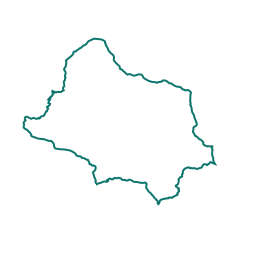 outline of Caldas, Antioquia, Colombia, rotated 302°
{"feature_id": "7082276B42449949359128", "entity_name": "Caldas", "entity_type": "district", "adm_level": 2, "iso_a3": "COL", "parent_name": "Colombia", "parent_adm1": "Antioquia", "projection": "natural_earth1", "projection_center": [-75.63, 6.049], "detail": "fine", "context": "isolated", "style": "outline", "palette": "teal", "viewbox_px": 256, "rotation_deg": 302, "n_neighbors": 0, "source": "geoboundaries", "source_scale": "gbopen_adm2", "svg_char_len": 5774}
<svg xmlns="http://www.w3.org/2000/svg" viewBox="0 0 256 256"><g transform="rotate(302 128 128)"><path d="M166.8,184.7L168.5,183.7L168.8,183.1L169.5,182.5L169.8,181.9L172.2,178.7L173.7,177.3L174.3,176.4L174.8,175.1L175.7,173.8L177.2,172.3L177.9,172.0L178.8,171.2L179.9,169.7L180.4,169.3L180.3,169.1L180.8,168.4L182.4,167.9L183.2,166.9L184.0,166.5L184.6,165.8L185.4,165.6L188.9,163.5L191.4,162.6L191.8,161.8L192.0,160.6L192.1,159.7L192.0,158.9L191.7,158.4L191.0,157.5L190.1,156.0L190.2,154.9L189.7,153.7L189.8,152.9L190.5,151.5L189.5,148.3L189.0,147.6L188.7,146.0L188.5,144.5L188.6,143.9L188.5,142.6L188.7,141.6L188.6,140.9L188.3,140.1L187.9,139.4L187.8,138.6L188.0,138.2L188.2,136.1L188.0,134.4L187.4,133.1L186.8,132.4L186.5,132.4L186.1,132.1L185.3,132.1L182.9,129.3L181.7,128.7L181.6,127.5L181.3,126.8L180.9,126.1L180.2,124.6L179.7,123.8L179.5,122.6L179.0,121.1L178.9,120.3L178.7,115.7L178.9,114.5L180.2,112.1L180.4,111.4L180.3,110.9L179.2,108.7L178.4,107.9L176.7,106.7L175.7,105.6L175.4,105.0L175.1,103.6L174.9,101.9L174.6,101.1L174.3,100.4L173.0,99.2L172.9,98.8L173.7,95.0L173.8,93.6L174.3,91.9L173.9,90.3L173.9,90.0L174.1,89.7L175.5,88.6L175.8,88.1L176.6,84.1L177.6,80.6L178.0,80.1L178.8,79.5L180.5,78.7L181.0,78.2L181.9,76.9L182.1,76.2L182.3,73.9L182.7,72.7L183.0,71.3L185.6,67.3L186.1,65.9L186.7,65.1L187.1,65.0L187.5,64.5L188.0,63.4L189.1,62.8L189.3,61.8L189.3,60.6L189.0,58.5L186.0,52.3L185.1,51.4L180.8,48.6L179.8,48.3L178.4,48.3L176.2,47.9L174.1,46.4L170.9,45.6L169.9,44.7L168.6,44.4L167.2,43.7L165.2,43.1L164.1,41.7L163.8,41.5L162.9,41.9L162.3,42.0L161.1,42.2L160.4,42.1L159.4,41.9L152.4,39.6L152.0,40.1L151.1,40.6L150.1,41.5L148.9,41.8L147.9,42.4L144.4,42.5L143.9,42.7L143.1,43.7L142.6,45.1L141.5,46.1L140.0,46.6L139.4,46.5L138.8,46.8L138.3,47.4L137.7,48.3L136.9,48.2L134.9,49.2L133.8,48.9L132.6,49.3L131.7,50.4L130.7,51.0L130.1,51.6L129.7,51.8L127.5,51.6L126.1,52.9L125.8,53.5L123.8,52.2L122.8,52.0L121.7,50.0L121.5,49.4L121.1,48.8L120.6,48.6L119.5,47.0L119.8,46.5L119.4,45.2L119.4,44.3L118.8,44.4L118.5,44.6L117.7,45.9L117.7,46.3L117.2,46.1L116.4,46.6L115.4,46.4L115.0,46.6L114.6,46.5L114.2,46.2L113.8,46.2L113.3,45.8L112.6,45.7L111.8,45.7L111.6,45.5L110.5,45.4L110.9,45.8L110.4,45.8L110.3,46.1L111.5,46.6L111.3,46.7L111.1,46.9L109.4,46.6L108.7,46.9L107.0,47.1L107.0,47.9L107.3,49.0L106.6,49.3L106.0,49.4L105.6,49.2L105.1,49.2L103.0,48.1L102.8,48.2L102.7,48.9L102.5,49.2L102.2,50.0L100.7,49.9L99.8,50.4L99.0,50.3L98.4,49.7L96.1,50.1L94.0,50.1L93.4,49.8L92.1,48.6L91.2,48.1L90.7,47.9L89.7,48.1L89.2,48.0L89.1,46.8L88.3,46.4L87.3,45.7L86.9,44.4L86.7,42.8L85.6,41.7L84.5,41.0L84.2,39.2L84.2,37.2L83.9,36.3L83.3,35.4L82.2,35.2L81.5,35.3L81.2,35.5L80.2,37.1L78.2,36.6L77.1,36.7L75.7,38.2L74.4,38.6L73.2,39.2L72.9,39.9L72.8,40.7L72.9,43.6L71.9,47.7L71.5,48.7L71.0,49.5L70.2,50.0L70.1,50.3L70.0,50.8L70.3,52.7L70.8,54.4L71.3,57.1L71.7,58.0L74.1,63.1L74.8,66.5L75.3,68.1L76.3,69.6L76.3,70.1L75.9,71.9L75.3,73.3L74.8,73.9L73.8,74.7L72.9,75.6L72.4,76.4L72.1,77.1L73.3,80.2L75.5,84.4L76.4,85.9L77.3,88.6L77.9,89.9L78.2,90.3L78.3,92.0L78.5,92.7L78.5,94.1L78.6,95.6L78.4,96.9L77.4,98.8L77.4,99.3L77.6,100.3L78.7,102.8L78.7,103.6L78.2,104.6L79.1,106.8L79.2,107.2L79.1,108.5L79.3,109.1L79.4,110.2L79.8,110.8L79.4,111.5L78.9,112.0L78.8,112.5L78.6,112.8L78.3,113.5L77.2,114.2L77.0,114.7L77.0,115.0L77.6,115.8L77.3,116.9L77.2,117.7L78.1,118.9L78.0,119.6L78.2,120.5L78.0,120.9L77.2,121.6L75.5,122.4L74.8,122.4L71.8,121.8L68.6,125.4L66.7,128.2L66.0,128.7L65.2,128.9L64.7,129.3L64.5,129.6L64.1,131.2L63.9,131.5L65.4,132.3L67.1,134.0L69.4,135.5L70.3,136.5L70.7,137.7L71.4,138.7L72.6,137.8L72.9,138.1L73.0,139.1L74.1,138.6L75.2,138.9L75.5,139.3L75.8,141.4L76.2,141.7L76.6,142.5L78.1,142.8L79.0,143.6L79.1,144.6L79.3,145.0L80.8,146.4L81.1,147.8L81.3,148.1L81.5,148.9L81.1,150.2L81.1,151.1L82.3,152.7L82.3,153.7L82.6,154.5L83.7,155.8L84.6,156.2L85.3,157.5L85.5,159.5L85.4,160.7L85.6,161.7L87.2,164.7L88.2,167.9L89.7,170.3L90.6,171.2L91.0,171.8L90.5,173.4L88.9,174.0L87.3,174.9L86.8,175.5L85.1,179.1L84.6,182.3L83.9,184.1L83.6,185.6L82.8,187.3L82.6,188.1L82.6,189.0L81.9,190.8L81.8,191.7L81.1,192.4L80.7,192.9L79.9,193.0L79.5,194.1L80.4,194.3L81.1,194.0L81.7,194.1L83.5,193.6L84.1,193.7L84.7,193.9L85.1,194.6L86.3,195.3L86.9,195.9L87.4,196.7L88.1,197.2L88.7,198.1L89.1,198.4L89.7,199.4L90.5,199.4L91.0,200.4L91.9,201.1L91.9,201.9L92.1,202.4L93.3,202.7L95.2,203.9L97.8,205.4L98.2,205.2L98.4,204.6L98.6,204.5L100.2,204.5L101.2,204.9L102.1,204.2L102.5,203.4L103.7,203.2L103.7,202.8L103.6,202.2L103.7,201.4L103.8,199.8L104.0,199.3L104.3,199.1L104.9,199.2L106.0,199.9L106.9,200.1L108.4,199.7L109.7,199.3L110.4,198.8L111.2,198.0L111.5,198.0L112.3,198.3L113.5,198.2L114.9,199.3L115.6,199.6L117.6,198.3L118.0,198.3L118.5,198.5L118.8,198.4L120.5,197.3L121.6,197.5L122.7,197.5L123.3,197.8L123.7,197.8L124.5,198.4L125.4,198.8L125.8,199.2L126.1,199.8L126.9,200.5L126.8,202.1L127.4,202.5L128.2,204.4L129.3,205.9L129.4,206.4L129.5,207.3L130.0,208.3L130.6,209.0L131.6,209.8L132.2,210.1L133.2,211.2L133.6,211.4L134.2,211.4L135.1,211.2L136.3,211.2L137.7,211.8L138.3,213.1L138.5,213.8L138.5,214.8L138.6,215.0L139.9,215.1L140.7,215.7L142.3,215.8L142.8,216.1L143.0,217.8L143.6,220.8L144.8,218.5L145.5,217.6L147.8,216.0L149.8,213.6L151.2,212.6L154.7,211.0L154.9,210.1L155.1,209.9L157.1,209.3L157.1,209.0L156.7,208.8L156.7,208.5L156.4,207.9L156.1,207.6L155.4,206.7L155.3,206.1L154.8,205.3L154.4,205.1L154.2,203.2L153.9,202.4L153.9,201.3L154.4,200.1L155.7,199.5L156.0,199.1L156.2,197.8L156.5,196.9L156.6,196.2L156.5,195.2L156.3,194.4L157.1,191.6L157.0,190.8L157.2,190.3L157.2,189.9L156.9,189.2L157.0,188.8L158.4,186.9L158.5,186.6L158.5,186.3L159.3,185.0L159.8,184.7L160.8,184.5L161.9,184.0L163.0,183.3L163.6,183.3L164.7,184.0L166.3,184.6L166.8,184.7Z" fill="none" stroke="#0f766e" stroke-width="2"/></g></svg>